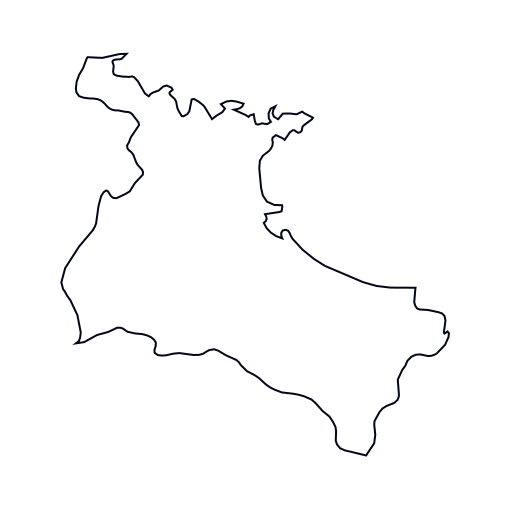 an SVG outline of Miyagi, rotated 278°
{"feature_id": "JPN-1866", "entity_name": "Miyagi", "entity_type": "Prefecture", "adm_level": 1, "iso_a3": "JPN", "parent_name": "Japan", "parent_adm1": "", "projection": "albers", "projection_center": [141.11, 38.38], "detail": "fine", "context": "isolated", "style": "outline", "palette": "ink", "viewbox_px": 512, "rotation_deg": 278, "n_neighbors": 0, "source": "natural_earth", "source_scale": "10m", "svg_char_len": 3711}
<svg xmlns="http://www.w3.org/2000/svg" viewBox="0 0 512 512"><g transform="rotate(278 256 256)"><path d="M429.4,61.5L429.5,62.2L430.8,76.2L437.0,92.8L438.2,99.7L432.7,95.6L431.9,94.0L431.0,89.6L430.1,87.6L428.7,86.8L427.3,87.2L425.7,88.2L423.8,88.7L418.9,88.8L416.3,89.8L415.2,92.8L415.1,99.0L415.7,105.4L416.6,108.3L416.0,110.6L412.5,114.8L401.5,123.4L399.2,127.6L401.9,129.2L403.7,131.5L406.3,136.6L411.0,140.6L412.4,143.9L410.9,148.9L409.1,150.3L407.8,149.3L406.4,147.8L404.8,147.7L403.5,148.8L400.3,153.5L397.8,155.4L391.4,157.6L388.8,159.3L384.2,163.0L384.3,164.9L387.0,168.3L390.0,169.8L402.1,170.5L402.9,172.6L401.1,177.3L398.4,182.0L396.8,184.1L385.4,193.4L389.5,197.4L393.7,202.6L397.7,204.8L401.5,200.1L404.9,205.2L406.3,210.1L406.2,215.6L405.1,222.5L402.2,221.6L400.3,219.7L398.9,217.0L397.8,213.7L394.2,226.1L392.7,229.3L394.2,230.3L394.9,231.4L395.3,232.6L396.1,234.0L389.7,236.0L386.7,237.6L386.4,239.7L388.2,243.4L388.1,246.2L388.3,248.9L390.9,252.1L393.9,249.6L398.9,248.6L403.9,250.0L406.9,254.3L403.0,252.8L399.4,252.6L396.5,254.3L394.5,258.9L400.7,262.7L401.8,269.4L402.0,276.6L405.4,281.6L404.0,284.1L400.9,293.2L399.1,292.3L392.0,285.1L390.3,284.0L386.5,283.9L384.8,282.8L383.9,280.5L384.8,278.5L385.8,276.7L385.7,274.9L383.3,272.4L374.9,268.2L376.3,266.0L378.5,258.9L375.5,256.0L373.3,255.9L371.0,256.8L367.7,256.9L364.7,255.9L362.0,254.4L356.2,248.8L350.9,246.6L343.4,247.0L324.0,251.6L317.0,254.3L311.4,259.2L309.1,267.1L309.9,274.7L308.5,275.2L303.9,275.1L302.8,273.0L298.7,259.1L296.4,260.7L294.2,261.4L292.0,260.9L289.9,259.1L285.1,262.6L281.3,267.3L278.5,273.1L277.1,279.6L279.6,278.2L282.5,277.8L285.0,278.9L286.1,281.9L285.4,284.4L283.3,286.2L280.6,287.8L278.1,289.8L268.9,301.0L261.3,313.5L255.8,325.6L245.0,365.6L243.1,379.6L243.4,393.5L246.7,417.8L246.8,418.4L245.1,418.4L232.4,419.1L228.9,420.6L226.4,422.9L225.8,425.8L226.4,432.4L226.4,435.5L225.7,444.8L224.9,448.5L222.7,451.1L218.5,452.6L206.2,452.7L205.4,453.4L207.9,456.2L206.4,457.8L202.5,457.9L194.4,455.6L184.4,448.4L182.5,445.5L181.3,442.7L180.9,440.0L181.4,432.4L180.5,428.1L178.0,424.0L173.3,420.5L168.2,419.2L163.6,416.7L153.3,413.6L138.3,416.9L135.9,416.9L133.2,416.2L129.8,413.4L125.7,406.2L122.8,402.7L119.0,400.2L109.0,396.3L105.2,396.6L95.5,399.0L87.0,399.1L73.8,392.8L75.9,371.0L77.3,366.1L80.7,362.4L84.2,360.7L93.7,359.7L97.8,358.5L102.6,355.2L107.2,351.1L111.8,343.5L118.8,335.2L121.5,331.1L123.7,323.5L124.5,318.3L124.8,312.5L124.5,300.4L126.3,292.8L127.9,288.2L130.1,283.8L135.5,276.0L137.8,271.3L140.6,263.2L146.0,256.0L148.4,253.9L150.3,251.0L153.7,239.5L157.0,231.8L157.8,227.5L156.3,222.8L154.2,219.9L151.9,217.3L150.2,213.5L149.3,208.1L149.2,193.7L147.9,188.1L145.1,180.6L144.3,176.7L144.2,172.7L146.0,169.1L148.8,168.5L152.9,169.2L156.5,168.8L158.9,166.7L161.0,163.3L162.2,159.3L162.8,154.5L162.5,146.6L163.1,139.3L163.7,138.0L165.6,134.4L166.1,131.7L165.6,128.4L160.2,120.2L155.6,109.5L146.8,97.8L144.4,89.8L147.2,92.5L150.8,93.2L155.9,93.1L172.5,87.4L186.3,78.4L190.1,74.7L194.0,71.8L196.3,69.6L202.8,66.9L217.4,68.7L240.8,79.5L258.6,90.7L262.8,92.4L266.0,93.1L283.8,93.1L293.7,94.3L297.9,96.2L300.0,98.4L299.8,99.8L298.9,100.9L295.0,104.1L293.6,106.9L293.9,109.9L299.0,117.7L302.3,121.9L311.3,125.9L320.8,132.6L323.6,132.4L325.6,131.1L329.5,126.4L331.9,124.4L339.2,120.4L341.3,118.3L342.8,115.8L344.4,113.9L347.3,112.9L350.8,114.3L356.3,115.6L369.5,122.0L372.1,120.9L378.9,114.0L380.4,111.7L380.8,109.2L380.6,106.3L381.0,99.5L380.6,96.1L380.8,93.1L381.9,90.0L383.7,87.4L385.8,85.0L387.5,82.5L388.6,80.3L389.3,77.0L389.3,73.3L388.8,68.3L388.8,63.0L389.7,58.5L393.2,55.3L397.1,54.3L403.6,54.1L410.7,55.6L417.9,58.6L427.7,60.8L429.4,61.5Z" fill="none" stroke="#020617" stroke-width="2"/></g></svg>